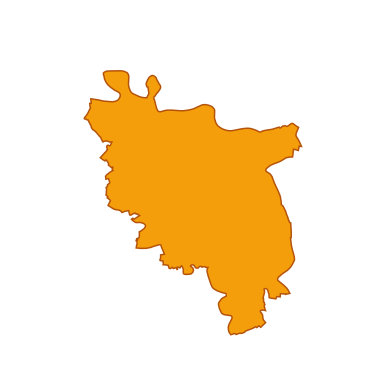 outline of Quynh Phu, Thái Bình, Vietnam, rotated 28°
{"feature_id": "81297802B64676269296055", "entity_name": "Quynh Phu", "entity_type": "district", "adm_level": 2, "iso_a3": "VNM", "parent_name": "Vietnam", "parent_adm1": "Thái Bình", "projection": "mercator", "projection_center": [106.356, 20.648], "detail": "fine", "context": "isolated", "style": "filled", "palette": "amber", "viewbox_px": 384, "rotation_deg": 28, "n_neighbors": 0, "source": "geoboundaries", "source_scale": "gbopen_adm2", "svg_char_len": 6067}
<svg xmlns="http://www.w3.org/2000/svg" viewBox="0 0 384 384"><g transform="rotate(28 192 192)"><path d="M293.3,299.8L296.1,296.9L296.5,296.8L297.8,297.1L300.3,294.4L301.9,293.7L302.9,292.8L303.7,291.9L304.4,290.8L304.6,289.6L309.6,283.9L311.4,281.1L312.9,281.3L313.9,278.7L316.2,279.2L318.3,272.8L315.7,271.7L314.9,271.2L314.2,270.6L311.9,267.3L310.2,266.3L308.6,265.7L308.3,265.3L308.2,264.5L308.9,263.6L310.6,262.7L312.6,262.2L310.5,260.2L310.1,259.5L309.5,259.1L309.0,257.8L309.2,257.1L308.3,256.5L307.6,255.5L306.7,255.4L305.3,252.6L304.6,252.5L303.1,246.5L302.1,244.9L301.2,244.0L301.3,243.8L301.6,243.3L302.3,242.7L303.5,242.5L304.3,242.8L305.5,243.7L308.0,246.2L309.6,248.9L310.0,249.1L310.4,249.0L316.2,247.0L315.9,244.8L316.0,244.5L319.1,243.2L317.8,240.4L322.3,238.1L322.6,238.5L326.0,235.6L323.0,233.5L320.8,232.4L317.3,231.4L310.0,229.9L309.1,229.5L308.5,228.8L308.2,228.1L308.3,226.6L310.4,221.3L312.9,216.6L313.9,213.8L314.4,211.3L314.5,210.0L314.6,207.8L314.4,203.9L312.9,201.4L307.2,195.3L304.9,192.6L301.4,187.6L300.5,186.2L301.0,185.7L298.2,180.4L293.6,172.9L292.2,173.0L291.5,172.1L290.1,171.2L288.9,169.8L285.6,167.0L284.0,165.3L279.2,161.8L276.6,161.1L275.6,159.1L271.9,154.3L267.7,150.8L260.6,145.5L255.4,140.8L253.4,139.8L252.1,139.3L248.1,139.0L247.2,138.6L246.8,138.2L246.7,136.8L247.2,134.9L248.9,131.4L251.2,128.5L254.1,125.3L255.8,123.1L259.2,117.4L262.1,115.1L264.4,113.8L261.5,106.5L266.4,105.4L265.1,101.2L265.7,101.1L267.3,100.4L265.1,98.6L262.0,96.3L258.5,94.3L256.9,92.9L256.3,90.3L255.8,84.9L254.0,84.9L249.1,84.2L248.1,84.4L247.3,85.4L245.9,88.3L245.1,89.4L244.5,89.7L242.8,89.8L242.6,90.0L242.0,90.9L241.6,91.1L241.2,91.1L240.3,93.3L239.7,94.2L238.5,93.8L233.3,99.0L227.2,103.6L225.2,105.6L224.5,106.7L224.1,107.0L223.1,107.4L220.0,107.4L216.9,107.8L213.4,108.6L211.5,109.4L208.2,111.4L205.4,113.5L200.6,117.5L198.2,119.3L196.4,120.3L193.8,121.3L191.0,121.8L189.3,122.0L186.6,121.9L184.1,121.5L182.6,120.9L180.6,119.7L177.8,116.9L176.8,115.6L173.7,109.3L172.8,108.4L170.3,107.4L168.3,107.3L165.8,107.6L162.9,108.5L160.7,109.8L159.5,111.0L154.2,118.0L151.4,120.5L149.0,122.4L146.1,124.4L143.0,126.0L136.4,128.9L132.1,131.1L130.3,132.4L126.4,136.0L125.3,136.5L124.3,136.5L123.7,136.4L121.8,135.0L120.1,133.3L116.1,128.8L114.4,127.3L114.0,126.7L113.8,125.7L114.3,124.7L114.5,122.2L115.1,119.5L115.4,117.2L115.4,115.3L115.2,114.4L114.7,113.6L113.9,112.8L112.0,111.9L110.5,110.7L109.1,110.0L106.5,107.9L104.9,107.4L102.8,107.5L102.1,107.8L101.3,108.8L100.5,110.4L100.2,112.0L100.2,114.4L100.5,117.3L101.0,118.5L102.6,120.2L103.0,120.3L103.8,120.0L107.7,125.3L107.7,128.9L107.9,129.9L105.7,131.1L103.2,132.0L100.7,132.5L97.5,132.7L93.6,132.9L92.3,132.7L90.9,132.3L89.6,131.3L87.2,129.2L85.4,126.9L82.5,120.7L81.3,118.7L79.7,117.5L78.5,117.1L75.5,117.3L72.6,118.2L66.4,121.6L59.9,125.3L58.3,127.4L58.0,128.3L58.0,128.7L58.6,129.8L59.9,131.0L61.8,133.4L64.8,135.6L67.1,136.7L70.7,137.7L75.8,138.4L79.8,138.4L81.0,138.5L82.3,139.1L82.8,139.7L83.5,140.8L83.8,142.2L83.7,144.9L83.0,146.3L81.4,148.2L79.5,149.7L71.1,153.3L65.3,154.9L58.9,157.2L61.4,161.1L60.1,161.8L61.8,164.4L62.2,164.8L62.8,165.1L63.0,171.6L62.7,174.5L62.2,176.8L62.4,177.7L62.8,177.9L64.8,177.3L65.4,177.6L66.5,177.2L67.7,178.2L72.3,181.4L72.8,182.3L75.3,183.6L77.3,183.6L80.0,184.5L83.8,186.1L86.0,186.8L86.9,187.7L88.5,188.7L89.4,189.6L89.9,189.6L90.6,188.4L91.9,187.5L93.1,186.9L96.3,186.4L97.8,185.5L98.0,189.6L97.4,190.0L95.9,190.1L95.4,190.5L95.2,190.8L95.5,192.4L96.4,192.9L97.0,194.1L97.4,194.1L97.1,196.7L96.7,197.7L94.9,204.8L98.1,205.3L100.6,205.4L100.7,204.5L101.2,204.0L104.3,205.5L105.0,206.1L105.5,207.4L105.8,207.6L106.6,207.6L109.3,208.3L109.9,207.4L110.6,207.5L110.9,209.6L111.3,209.9L112.1,210.0L110.4,212.8L108.8,216.4L108.6,217.1L108.3,218.8L109.0,219.6L109.9,221.1L111.9,219.4L114.9,222.1L115.0,222.8L114.0,225.5L114.8,226.9L114.0,228.3L115.6,230.1L116.4,232.5L116.9,233.1L117.0,233.4L117.3,233.7L117.3,234.6L117.4,235.0L118.3,235.1L119.2,235.6L120.0,235.6L120.1,235.8L119.8,236.7L120.1,237.1L120.5,237.0L123.2,237.5L124.0,237.9L124.2,243.3L130.5,243.8L132.6,243.5L135.2,242.5L136.8,242.2L138.3,242.3L139.8,243.0L141.8,240.6L144.8,238.2L147.6,241.4L147.9,241.5L148.9,241.1L150.6,238.2L151.0,238.2L151.8,237.3L152.9,237.7L153.4,237.2L154.4,237.4L154.7,237.0L155.4,237.3L156.8,237.4L153.6,243.2L152.1,242.9L151.3,244.5L153.7,245.2L156.2,245.4L157.7,244.9L160.1,243.4L161.7,242.9L163.6,242.6L165.0,242.6L165.7,242.8L166.5,243.3L166.9,243.9L167.1,244.7L166.9,246.7L165.3,250.3L164.1,251.9L166.0,255.1L166.0,255.6L166.7,256.8L166.6,257.3L166.1,258.2L165.1,259.2L165.3,259.6L165.8,259.3L166.2,259.4L166.5,259.7L166.5,260.2L165.5,260.5L165.3,260.7L165.5,261.3L166.7,261.9L167.6,262.8L168.0,264.8L169.0,267.6L173.1,265.9L177.9,263.3L181.5,260.4L184.0,257.6L187.8,254.0L188.2,253.7L189.4,253.4L190.4,254.5L196.9,259.9L193.8,262.2L195.1,264.7L195.7,267.3L197.0,267.3L198.6,266.4L199.4,267.6L200.1,268.3L200.6,269.8L203.2,268.6L205.5,268.0L207.6,270.1L208.8,269.9L209.8,267.8L211.1,268.3L211.6,268.3L212.6,266.9L213.4,266.6L214.3,266.7L215.1,267.4L215.5,267.1L214.3,265.7L214.2,265.3L214.9,264.9L217.0,264.7L217.2,262.3L217.4,262.1L218.8,262.7L220.7,264.4L221.5,266.3L222.7,268.0L223.4,268.2L224.5,268.0L227.3,266.5L229.1,265.2L229.9,264.3L230.4,262.4L230.2,260.7L228.9,259.0L227.8,258.5L225.8,258.3L225.4,258.1L225.4,257.4L225.8,256.7L226.9,255.9L228.1,255.8L228.5,255.9L230.4,257.1L231.7,257.1L232.9,256.4L233.2,256.0L233.4,254.4L234.7,253.5L235.0,253.4L236.2,253.7L236.9,252.7L238.7,251.8L239.5,252.1L241.5,251.1L241.6,253.0L242.1,254.3L242.9,255.5L246.2,259.1L251.6,264.2L253.7,265.9L255.1,266.8L255.8,267.0L257.2,267.3L260.4,267.4L265.1,266.8L267.0,266.4L269.2,265.7L270.0,265.9L270.4,266.5L271.0,267.8L271.0,268.1L269.1,270.7L268.1,273.0L267.6,276.9L267.8,278.1L268.0,278.6L269.5,280.5L271.2,282.3L274.0,284.4L275.4,285.2L277.5,285.3L278.6,285.0L284.3,283.0L285.1,283.0L285.9,283.5L286.2,283.9L286.6,284.8L286.8,290.9L287.0,292.7L287.6,294.6L288.9,296.6L289.9,297.8L290.6,298.4L293.3,299.8Z" fill="#f59e0b" stroke="#b45309" stroke-width="1.5"/></g></svg>